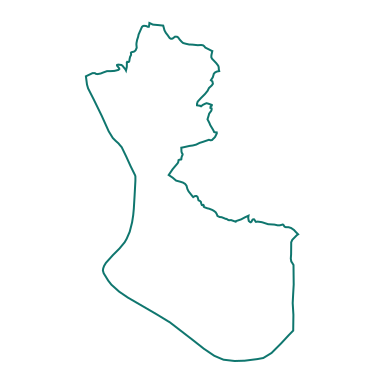 Lam Thao, Phú Thọ, Vietnam
{"feature_id": "81297802B85606551737880", "entity_name": "Lam Thao", "entity_type": "district", "adm_level": 2, "iso_a3": "VNM", "parent_name": "Vietnam", "parent_adm1": "Phú Thọ", "projection": "mercator", "projection_center": [105.304, 21.326], "detail": "fine", "context": "isolated", "style": "outline", "palette": "teal", "viewbox_px": 384, "rotation_deg": 0, "n_neighbors": 0, "source": "geoboundaries", "source_scale": "gbopen_adm2", "svg_char_len": 3784}
<svg xmlns="http://www.w3.org/2000/svg" viewBox="0 0 384 384"><path d="M293.5,265.0L291.8,262.2L291.3,261.6L290.8,258.7L291.1,254.2L291.2,244.2L291.2,242.3L292.3,239.8L296.8,235.2L298.1,234.3L296.9,233.1L295.9,232.1L294.0,230.0L291.1,228.0L288.5,227.2L286.9,227.2L285.4,227.1L284.4,226.5L283.5,225.0L282.8,224.5L282.2,224.7L279.8,225.3L277.5,225.3L274.5,224.6L268.1,224.2L262.6,222.4L261.4,222.1L257.6,221.6L256.7,221.8L255.7,221.8L255.2,220.9L254.8,220.4L254.2,219.4L253.2,219.3L252.5,219.7L251.5,221.7L250.7,222.3L250.0,222.0L249.2,221.3L248.8,221.0L248.5,219.6L248.2,217.8L248.5,215.7L245.0,217.3L241.1,219.4L235.4,221.3L235.4,221.6L231.1,220.1L229.4,220.2L228.4,220.1L227.2,219.3L226.4,218.9L225.7,218.9L224.1,218.2L221.6,217.2L219.5,217.0L218.8,216.6L217.5,216.0L216.7,214.0L215.7,212.3L214.2,211.1L212.4,210.0L209.1,208.7L207.3,208.3L204.6,207.3L204.0,207.0L203.7,206.6L203.8,205.5L203.4,204.9L202.1,205.1L201.8,205.0L201.2,203.4L200.9,201.9L200.1,201.1L198.5,200.3L198.2,199.3L197.9,198.0L197.4,196.7L196.4,196.0L194.9,196.1L193.8,196.7L193.2,197.1L192.4,196.2L188.6,191.4L187.4,189.0L186.5,185.7L185.1,183.9L183.0,182.6L180.2,181.7L176.1,180.6L172.7,177.7L168.7,175.0L172.7,169.1L177.7,163.2L178.3,161.9L178.5,160.2L179.4,159.7L181.1,159.5L181.4,159.1L181.4,157.9L181.9,156.2L182.6,154.7L182.6,154.1L182.0,153.2L181.5,151.8L181.4,149.8L181.3,147.7L183.4,147.3L189.6,145.9L192.7,145.5L196.2,144.6L199.6,142.9L203.1,141.8L208.9,139.8L210.7,140.3L212.1,140.0L213.3,138.7L214.1,138.0L214.9,137.1L215.1,136.9L216.8,133.4L216.7,132.4L214.8,132.3L214.0,131.9L213.7,131.0L212.9,129.5L210.3,125.2L209.3,122.8L207.5,119.3L208.7,115.4L209.1,113.8L209.7,112.9L211.2,110.9L211.6,109.7L211.6,108.4L210.4,107.9L210.6,106.5L211.8,105.6L211.8,104.9L208.1,103.6L206.5,103.2L204.8,103.9L202.8,104.9L200.8,106.5L200.6,107.1L200.7,106.2L200.1,105.7L198.1,105.5L197.0,105.3L197.0,103.8L197.7,101.6L201.1,97.9L205.0,94.0L207.6,90.8L209.0,88.0L211.8,85.4L212.9,83.8L212.4,81.4L210.9,80.2L211.5,79.3L212.8,77.3L213.5,75.0L213.8,73.8L215.1,72.4L217.0,71.5L219.2,71.1L218.8,69.3L218.7,67.2L218.2,65.7L216.9,64.0L216.2,63.1L214.4,61.2L212.0,58.7L211.3,57.2L211.4,55.2L212.3,51.1L212.0,51.0L209.3,49.6L207.3,48.6L205.3,47.6L204.2,46.2L203.0,45.3L201.1,45.0L197.8,45.2L192.2,44.6L189.1,44.5L185.6,43.7L183.1,43.0L181.6,41.7L179.7,39.6L178.2,37.5L177.2,36.8L176.3,36.7L175.0,36.7L172.5,38.6L171.0,38.8L169.7,38.1L167.6,35.1L165.8,32.8L164.5,30.4L163.2,25.6L158.4,25.1L152.9,24.6L149.4,23.0L149.2,25.2L148.8,26.8L147.8,26.8L146.1,26.0L143.9,25.8L142.7,26.2L141.9,27.0L138.6,34.5L138.1,36.9L137.1,39.9L136.5,43.0L136.4,44.5L136.7,47.8L136.1,49.1L135.6,50.3L134.6,51.2L133.8,51.7L132.2,52.0L131.2,52.4L130.9,52.9L131.0,53.4L131.1,54.8L130.8,55.5L130.1,56.8L129.6,59.0L129.3,61.1L128.7,62.0L127.8,62.0L127.2,61.8L126.8,62.4L126.9,63.4L126.8,67.0L126.0,70.5L125.5,69.5L122.6,65.9L121.5,65.0L119.9,64.8L118.3,64.6L117.1,64.9L117.0,65.6L118.0,66.8L119.2,68.4L119.3,69.1L118.4,69.9L116.1,70.5L114.4,70.9L111.1,71.1L107.1,71.1L103.2,72.5L100.7,73.5L97.6,74.1L96.0,73.9L94.8,73.1L92.6,73.1L90.1,74.3L85.9,76.3L87.0,84.6L88.1,88.4L90.9,93.9L93.6,99.2L101.8,116.0L108.7,131.3L112.8,138.0L115.7,140.9L118.5,143.4L119.7,144.9L121.7,147.2L126.2,156.5L130.6,166.2L135.1,175.3L135.4,176.4L135.4,180.7L134.6,195.5L133.8,208.9L133.2,215.2L132.1,222.3L129.7,231.8L126.7,238.7L124.7,242.2L119.5,248.5L112.9,255.1L105.9,262.9L104.1,265.9L103.2,268.4L102.9,270.5L103.7,273.3L108.2,280.6L111.4,284.7L119.1,291.6L127.9,297.6L156.8,314.4L169.1,321.9L169.3,321.9L193.8,340.8L203.8,348.7L214.3,355.8L219.2,357.9L223.5,359.7L234.7,361.0L244.7,360.7L257.3,359.1L263.3,358.0L271.5,353.0L281.2,343.3L288.8,335.1L293.2,330.6L293.4,314.9L292.7,303.1L293.2,293.3L293.7,284.6L293.5,265.0Z" fill="none" stroke="#0f766e" stroke-width="2"/></svg>